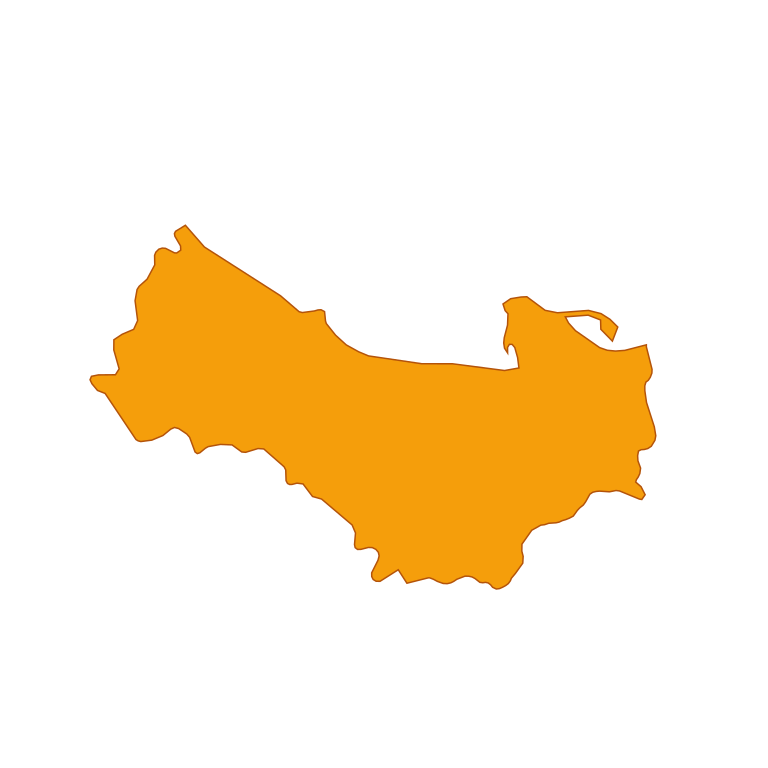 map outline of Tarragona (Equal Earth projection), rotated 233°
{"feature_id": "ESP-5846", "entity_name": "Tarragona", "entity_type": "Autonomous Community", "adm_level": 1, "iso_a3": "ESP", "parent_name": "Spain", "parent_adm1": "", "projection": "equal_earth", "projection_center": [0.73, 41.051], "detail": "fine", "context": "isolated", "style": "filled", "palette": "amber", "viewbox_px": 768, "rotation_deg": 233, "n_neighbors": 0, "source": "natural_earth", "source_scale": "10m", "svg_char_len": 2739}
<svg xmlns="http://www.w3.org/2000/svg" viewBox="0 0 768 768"><g transform="rotate(233 384 384)"><path d="M630.3,320.9L601.5,323.0L516.6,354.5L492.8,359.7L490.2,361.8L484.2,372.4L482.9,375.8L481.2,378.4L477.6,380.1L469.5,375.2L467.0,374.3L452.1,374.7L437.9,377.4L424.9,383.2L415.8,388.5L377.5,426.3L359.0,450.8L322.2,488.4L315.6,501.4L324.7,506.6L334.4,510.4L338.5,510.2L340.2,508.0L338.9,504.7L334.4,501.4L340.1,501.8L344.7,504.3L348.6,507.9L356.7,518.1L365.5,525.3L369.7,524.9L376.3,527.2L375.9,536.5L371.0,545.8L367.7,550.6L345.9,557.0L336.5,565.4L319.7,591.6L309.6,599.7L299.7,603.4L288.8,605.0L280.8,592.2L297.2,590.1L304.8,595.5L316.1,588.5L328.5,569.2L321.6,568.1L311.3,569.0L283.3,578.1L276.6,582.6L271.0,588.7L265.9,596.6L257.4,617.1L255.8,615.9L234.4,606.9L231.5,604.5L229.1,600.7L227.9,597.3L227.9,594.3L225.6,591.2L221.7,588.3L211.2,582.5L187.1,574.1L179.1,569.9L176.0,566.5L173.4,560.0L173.7,555.8L175.1,552.4L176.8,549.8L177.3,546.9L174.1,543.4L169.9,540.6L162.4,538.3L158.5,534.4L156.7,531.0L155.7,528.0L154.2,526.0L147.3,527.5L138.4,525.9L136.6,520.4L138.4,518.7L156.9,507.7L159.3,505.2L162.2,499.2L168.7,491.7L170.5,488.8L171.9,485.6L172.1,482.1L168.6,474.2L167.4,470.4L167.3,465.9L166.7,462.4L164.6,455.7L165.3,451.3L166.3,447.6L167.6,444.1L168.3,440.8L169.6,437.9L173.6,431.8L175.0,427.6L176.9,424.3L178.3,414.0L173.1,397.8L167.6,393.5L162.6,391.4L157.4,387.0L153.6,374.8L152.2,368.8L150.8,366.5L149.8,363.2L149.8,359.9L150.3,356.5L151.1,353.1L152.7,350.3L156.3,348.4L159.5,348.3L162.4,347.5L164.5,345.7L165.8,343.3L167.9,341.2L173.9,339.6L176.9,338.2L179.6,335.9L181.8,333.0L184.2,324.7L184.4,320.9L185.0,317.7L186.5,314.3L189.1,311.2L194.3,307.8L198.2,306.0L201.6,303.9L202.5,302.8L211.1,282.4L227.1,283.6L228.8,262.1L231.2,259.0L234.4,257.7L237.6,258.3L240.6,260.5L246.9,273.2L249.7,276.7L253.0,278.2L256.8,278.0L260.4,276.2L262.9,273.1L265.8,266.1L267.8,263.3L270.7,262.5L273.5,263.8L282.2,271.6L290.6,273.7L329.7,264.9L337.2,259.2L352.9,259.2L357.2,254.8L359.2,250.0L360.5,248.2L362.6,247.1L365.7,247.6L374.5,253.8L378.0,254.4L404.5,248.9L408.3,244.5L412.7,232.4L415.3,229.5L426.8,226.0L434.2,217.0L439.8,205.9L440.2,202.7L439.9,195.5L440.8,193.0L443.4,192.2L458.4,196.7L462.8,196.4L472.0,193.2L475.4,190.5L476.3,186.5L475.9,176.4L478.9,164.8L484.4,155.1L486.6,153.4L488.9,152.5L544.3,155.6L551.3,151.3L560.0,150.9L564.3,151.8L566.2,155.0L563.2,161.3L553.0,175.1L555.5,181.6L573.8,188.7L581.9,194.9L581.3,204.8L578.3,217.0L582.9,225.4L600.3,235.3L608.1,243.7L609.4,247.3L610.3,257.9L617.1,272.6L624.8,278.2L626.6,281.1L627.2,285.3L626.0,288.7L623.8,291.2L614.8,295.6L613.4,297.3L613.2,302.2L616.7,304.6L627.8,305.9L630.2,307.1L631.4,309.4L630.3,320.9Z" fill="#f59e0b" stroke="#b45309" stroke-width="1.5"/></g></svg>